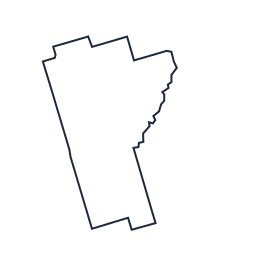 Wilcox, Alabama, United States of America, rotated 74°
{"feature_id": "52423323B73777550823735", "entity_name": "Wilcox", "entity_type": "district", "adm_level": 2, "iso_a3": "USA", "parent_name": "United States of America", "parent_adm1": "Alabama", "projection": "albers", "projection_center": [-87.327, 32.048], "detail": "fine", "context": "isolated", "style": "outline", "palette": "slate", "viewbox_px": 256, "rotation_deg": 74, "n_neighbors": 0, "source": "geoboundaries", "source_scale": "gbopen_adm2", "svg_char_len": 626}
<svg xmlns="http://www.w3.org/2000/svg" viewBox="0 0 256 256"><g transform="rotate(74 128 128)"><path d="M214.9,190.4L214.3,152.7L226.8,152.5L227.0,127.7L214.7,127.9L148.6,128.2L149.2,123.2L145.3,121.6L145.6,117.1L137.5,115.0L132.1,106.7L128.3,106.3L130.4,102.8L127.9,99.6L123.5,100.3L120.6,93.6L114.4,89.7L111.8,85.7L105.8,83.9L102.9,85.1L100.7,78.0L97.2,77.7L95.9,73.6L88.9,71.6L83.6,64.5L76.9,65.6L66.7,65.3L64.5,69.6L64.7,103.6L39.9,103.7L40.1,140.2L29.0,141.1L29.1,144.2L29.2,177.5L37.5,177.4L40.4,179.1L40.6,191.5L69.7,191.0L132.4,190.3L139.8,191.2L214.9,190.4Z" fill="none" stroke="#1e293b" stroke-width="2"/></g></svg>